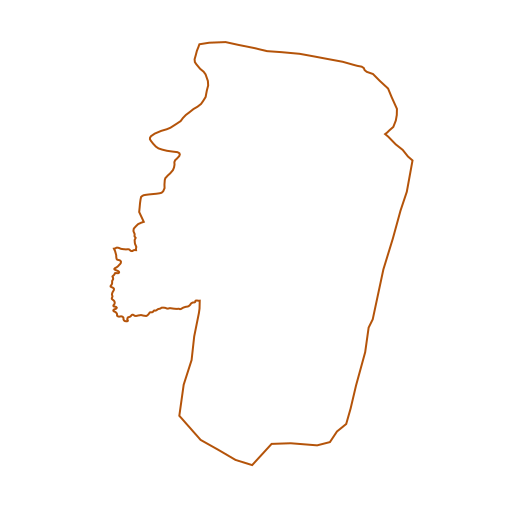 outline of Deiyai, Papua, Indonesia, rotated 98°
{"feature_id": "22746128B51921656212420", "entity_name": "Deiyai", "entity_type": "district", "adm_level": 2, "iso_a3": "IDN", "parent_name": "Indonesia", "parent_adm1": "Papua", "projection": "equal_earth", "projection_center": [136.433, -4.156], "detail": "fine", "context": "isolated", "style": "outline", "palette": "amber", "viewbox_px": 512, "rotation_deg": 98, "n_neighbors": 0, "source": "geoboundaries", "source_scale": "gbopen_adm2", "svg_char_len": 6068}
<svg xmlns="http://www.w3.org/2000/svg" viewBox="0 0 512 512"><g transform="rotate(98 256 256)"><path d="M463.6,230.7L439.9,214.4L436.6,195.6L435.0,169.1L430.0,156.9L418.5,151.4L409.8,143.3L394.0,141.1L370.2,138.9L336.1,134.5L311.2,134.5L302.5,131.6L251.6,128.0L219.6,122.9L190.9,119.2L171.4,115.6L139.6,114.3L136.3,119.4L130.5,125.5L126.0,133.2L119.4,141.7L117.3,145.1L115.5,143.3L113.0,141.4L109.1,138.0L102.4,136.4L96.8,136.2L90.7,136.9L79.8,143.8L71.8,148.5L65.5,157.6L59.5,165.5L58.2,172.0L56.8,174.3L54.9,175.4L53.8,177.7L53.6,182.1L53.1,186.2L52.6,189.8L51.6,197.2L50.9,213.4L50.3,226.1L49.7,240.9L50.6,259.2L51.6,273.6L50.3,287.1L49.4,302.8L48.4,315.9L51.3,332.0L54.2,341.5L55.4,341.8L56.6,342.0L61.1,343.1L65.5,343.6L69.8,344.2L72.5,343.5L74.4,341.8L78.4,337.4L80.8,333.5L83.2,331.2L89.4,328.0L93.8,327.1L98.8,327.7L102.7,327.9L105.5,328.0L109.8,329.9L113.1,331.6L116.3,334.7L119.2,338.4L122.7,341.7L126.1,345.1L129.4,347.5L132.9,349.4L136.7,353.7L140.9,358.6L142.9,362.0L145.3,367.3L148.9,373.3L152.0,376.7L153.6,377.4L155.1,377.3L156.7,376.0L159.1,373.5L161.6,370.4L163.0,367.6L163.7,363.7L164.2,358.9L164.2,352.9L164.1,348.2L164.9,346.2L166.0,345.6L167.7,345.9L170.6,347.9L172.4,349.4L174.4,349.9L176.9,349.4L179.7,349.5L182.5,350.2L186.1,352.5L188.6,354.6L190.4,355.8L191.5,356.6L193.4,356.9L198.0,356.6L201.5,356.0L204.8,356.9L206.5,358.3L207.3,360.2L208.2,363.3L209.2,367.5L210.0,370.8L210.8,373.7L211.4,375.6L212.2,376.8L213.5,378.0L216.2,378.2L219.8,378.2L223.8,378.0L228.7,377.8L237.8,371.9L239.1,374.5L240.0,375.8L240.6,376.9L241.1,377.4L243.3,379.1L245.8,380.8L247.7,380.9L248.7,380.7L250.7,379.5L251.2,379.2L253.2,379.1L253.5,379.0L254.8,377.7L257.0,378.4L259.5,377.9L260.8,377.5L262.6,376.4L263.7,375.8L265.8,375.9L266.9,375.6L267.0,377.0L267.2,377.7L267.5,378.3L268.2,378.9L268.4,379.6L268.4,380.2L268.3,380.8L268.0,381.3L267.6,381.8L267.4,382.1L267.1,382.7L267.1,383.2L267.2,383.9L267.3,384.6L267.5,385.4L267.6,386.0L267.6,386.7L267.7,388.3L267.7,390.6L267.4,391.9L267.2,392.4L267.0,393.8L267.0,394.3L267.1,394.9L267.2,395.3L267.4,395.6L268.1,396.5L268.5,397.7L269.9,396.8L270.6,396.3L272.2,395.6L274.8,394.5L276.2,394.3L276.9,394.1L277.6,393.9L278.3,393.6L278.6,393.3L278.9,393.0L279.1,391.9L279.2,390.6L279.4,390.0L279.7,389.5L280.5,388.9L281.7,388.9L282.8,389.4L283.8,390.2L284.9,390.9L285.9,391.7L287.0,393.0L287.8,394.1L288.6,394.5L289.1,394.1L289.5,392.8L290.2,390.2L290.7,389.5L291.2,389.3L291.6,389.4L291.9,389.6L292.2,390.1L292.3,390.9L292.4,392.2L292.5,393.1L292.9,393.4L293.3,393.4L294.4,393.9L295.3,394.6L296.0,395.2L296.3,395.3L296.7,395.1L297.0,394.8L297.3,394.6L297.9,394.5L298.3,394.3L299.0,394.3L299.5,394.5L300.2,394.8L300.8,395.0L301.3,394.9L302.1,394.8L302.9,394.7L303.4,394.7L303.8,394.8L304.3,394.9L305.3,395.5L305.7,395.7L306.0,395.8L306.3,395.7L306.5,395.7L306.8,395.2L307.3,393.4L307.8,392.5L308.3,392.1L309.1,392.0L309.7,392.1L310.2,392.3L310.9,392.6L311.6,392.9L312.3,393.1L312.9,393.2L313.6,393.3L314.1,393.3L315.1,392.9L315.7,392.6L316.1,392.5L317.4,392.8L318.0,392.9L318.5,392.8L318.8,392.5L319.9,390.7L320.2,390.3L320.7,389.9L321.3,389.6L322.0,389.4L322.7,389.4L323.7,389.7L324.4,390.2L324.6,390.2L324.8,390.3L325.2,390.3L325.4,390.2L325.5,390.0L325.7,389.8L325.7,389.5L325.8,389.1L325.8,388.5L325.8,387.9L325.9,387.5L326.1,387.2L326.4,386.9L326.6,386.7L327.0,386.8L327.4,387.0L327.7,387.3L328.3,388.4L328.5,388.8L328.7,389.1L328.9,389.3L329.3,389.6L329.6,389.7L329.9,389.7L330.1,389.6L330.3,389.4L330.5,389.1L330.7,388.7L330.8,388.3L330.9,387.8L331.0,387.5L331.2,387.2L331.3,386.9L331.6,386.6L331.9,386.2L332.3,385.9L332.5,385.7L332.8,385.6L333.0,385.5L333.5,385.4L333.9,385.4L334.2,385.3L334.6,385.1L334.7,384.9L334.8,384.8L334.9,384.5L335.0,384.2L335.0,383.9L335.1,383.7L335.1,383.3L335.0,382.9L335.0,382.5L334.7,381.9L334.6,381.5L334.6,381.1L334.5,380.8L334.5,380.5L334.6,380.2L334.7,379.9L334.8,379.6L335.0,379.3L335.2,379.1L335.4,378.8L335.7,378.7L336.0,378.6L336.8,378.5L337.2,378.4L337.5,378.2L337.8,378.0L338.0,377.9L338.2,377.6L338.4,377.4L338.6,377.0L338.7,376.6L338.7,376.1L338.7,375.6L338.7,375.2L338.6,374.8L338.5,374.5L338.4,374.2L338.2,374.0L338.0,373.9L337.7,373.9L336.8,374.6L336.6,374.7L336.2,374.7L335.8,374.5L335.3,374.5L335.1,374.5L334.8,374.4L334.6,374.2L334.3,373.7L333.9,372.7L333.6,372.3L333.3,371.9L332.9,371.6L332.1,371.1L331.7,370.8L331.5,370.5L331.4,370.3L331.3,369.9L331.3,369.6L331.4,369.3L331.5,369.0L331.7,368.7L331.9,368.2L332.1,367.8L332.1,367.2L332.1,366.6L331.9,365.9L331.4,364.6L331.2,364.2L331.1,363.6L330.9,363.0L330.7,362.5L330.6,362.1L330.5,361.6L330.5,361.0L330.6,360.5L330.6,360.0L330.7,359.5L330.7,357.5L330.7,357.3L330.7,356.9L330.7,356.6L330.6,356.2L330.3,355.8L329.9,355.3L329.5,355.0L329.0,354.6L328.4,354.2L327.8,353.9L327.4,353.7L326.8,353.4L326.6,353.2L326.5,352.9L326.4,352.6L326.4,352.1L326.2,351.4L326.1,350.8L325.7,350.4L325.4,350.1L325.1,349.9L324.7,349.8L324.4,349.6L324.3,349.4L324.1,349.1L324.1,348.1L324.0,347.7L323.8,347.4L323.5,347.0L322.6,346.0L322.3,345.7L322.1,345.4L322.0,345.1L321.9,344.8L321.8,344.5L321.6,344.0L321.4,343.5L321.0,343.0L320.7,342.7L320.4,342.4L320.3,342.0L320.2,341.5L320.1,341.0L320.0,340.2L320.0,339.6L320.0,339.0L320.0,338.5L320.4,337.0L320.4,336.6L320.4,336.0L320.2,335.5L320.0,335.0L319.8,334.5L319.6,334.0L319.6,333.5L319.6,332.6L319.6,331.4L319.6,330.7L319.6,329.9L319.5,328.5L319.5,328.0L319.4,326.9L319.3,326.6L319.2,326.0L319.1,325.7L319.0,325.3L319.0,324.8L319.2,324.2L319.2,323.9L319.1,323.5L319.0,323.1L318.8,322.8L318.6,322.6L318.4,322.3L317.5,321.2L317.3,320.9L317.1,320.6L316.1,318.5L315.7,317.1L315.3,316.1L315.1,315.8L314.9,315.6L314.5,315.2L313.9,314.7L313.6,314.5L313.2,314.2L312.3,313.9L311.9,313.5L311.6,313.2L311.3,312.8L311.1,312.4L310.8,312.0L310.6,310.8L310.4,310.3L310.2,310.0L309.8,309.8L309.5,309.8L309.1,309.7L308.8,309.7L308.7,309.6L308.5,309.3L308.4,309.0L308.3,307.9L308.3,306.9L308.3,306.2L308.2,305.9L308.1,305.5L316.0,304.6L320.4,304.6L344.2,306.0L368.0,305.3L393.5,309.7L424.9,309.7L445.8,285.3L453.3,266.1L460.8,247.9L463.6,230.7Z" fill="none" stroke="#b45309" stroke-width="2"/></g></svg>